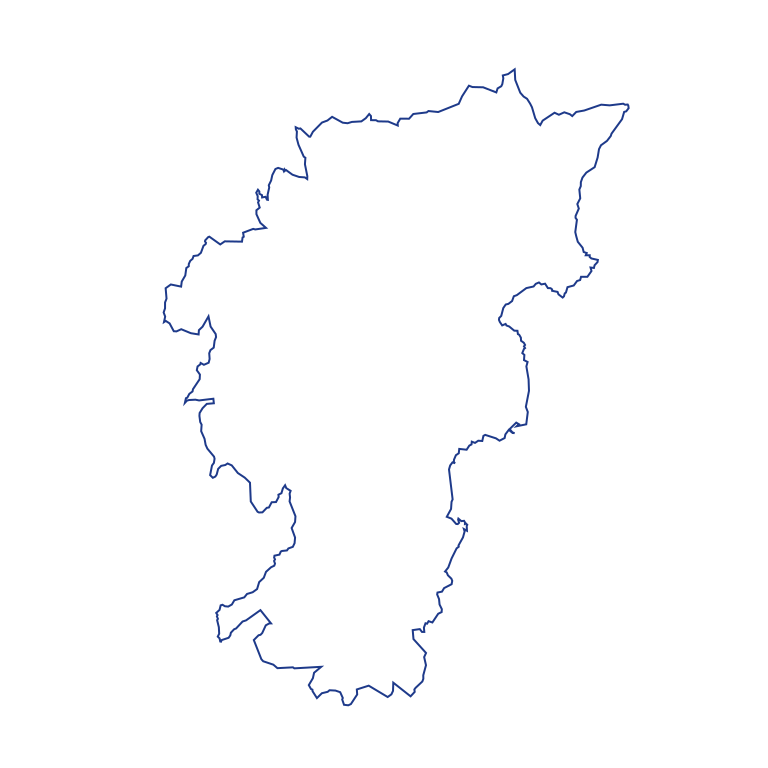 Nicolás Flores, Hidalgo, Mexico (Equal Earth projection), rotated 184°
{"feature_id": "50627088B6273778185161", "entity_name": "Nicolás Flores", "entity_type": "district", "adm_level": 2, "iso_a3": "MEX", "parent_name": "Mexico", "parent_adm1": "Hidalgo", "projection": "equal_earth", "projection_center": [-99.171, 20.795], "detail": "fine", "context": "isolated", "style": "outline", "palette": "blue", "viewbox_px": 768, "rotation_deg": 184, "n_neighbors": 0, "source": "geoboundaries", "source_scale": "gbopen_adm2", "svg_char_len": 6117}
<svg xmlns="http://www.w3.org/2000/svg" viewBox="0 0 768 768"><g transform="rotate(184 384 384)"><path d="M608.5,464.3L606.9,454.0L608.1,450.1L607.7,444.2L608.8,440.0L607.0,436.0L607.8,430.4L606.1,431.7L602.1,429.5L597.4,422.0L594.7,422.0L590.1,424.5L580.2,421.2L572.4,420.5L572.4,424.8L569.0,428.5L563.8,439.2L561.0,429.2L555.4,422.1L554.8,419.1L556.0,415.3L556.4,408.4L559.5,405.7L560.5,402.5L559.7,396.8L560.4,393.0L565.0,390.6L568.4,392.2L568.7,390.7L571.2,388.5L571.7,384.7L568.3,380.6L568.2,376.0L574.2,365.5L574.5,363.2L577.5,360.6L579.3,356.6L580.6,356.0L581.3,351.3L579.4,353.7L577.4,354.4L571.1,355.2L567.3,354.7L553.2,357.4L552.4,352.9L559.4,351.8L563.3,347.2L565.9,342.2L565.9,339.3L564.7,333.3L563.1,330.7L563.1,324.2L559.2,316.8L557.7,310.9L555.7,307.2L548.5,299.7L547.8,297.6L548.2,293.4L549.9,290.7L551.1,281.0L548.2,278.5L545.8,279.9L544.6,282.0L543.5,287.8L540.7,291.0L536.7,292.1L534.5,293.8L530.2,292.2L523.6,285.0L516.4,280.9L510.8,276.2L508.7,257.5L501.2,247.7L499.7,247.1L496.3,247.5L492.3,252.3L490.2,252.8L487.8,258.2L483.5,258.7L481.2,263.9L481.6,266.2L478.7,267.9L477.6,272.8L475.6,276.1L474.2,273.3L469.7,270.9L470.5,268.0L469.8,264.3L470.0,260.3L463.1,245.9L463.1,240.1L466.1,233.9L462.0,224.6L462.1,219.0L463.6,215.2L467.9,213.3L469.2,211.2L474.2,210.3L475.3,209.6L476.4,206.5L481.3,205.1L481.5,203.2L480.5,201.5L481.3,199.8L480.2,197.2L480.8,195.1L483.9,193.3L488.6,188.4L490.4,182.3L494.7,177.7L496.3,170.6L500.5,167.1L506.0,165.0L508.5,161.4L518.2,157.8L520.4,153.4L523.9,151.1L527.2,151.2L529.7,152.5L531.5,151.8L532.3,147.2L535.4,143.9L533.9,141.9L534.5,140.6L533.3,138.1L534.0,136.8L531.8,129.9L531.0,123.4L532.2,120.4L530.3,118.8L529.4,115.7L528.6,115.6L528.1,117.2L521.3,120.0L519.8,122.5L519.4,125.2L516.4,128.9L514.5,129.8L508.5,137.2L505.1,138.6L491.5,149.8L480.0,137.3L481.9,137.1L485.1,135.0L488.1,127.1L489.7,125.2L491.6,124.6L496.0,119.5L487.2,101.0L485.2,99.0L474.8,96.3L470.5,93.1L455.1,95.0L453.6,94.1L426.9,97.5L433.6,91.1L434.4,85.6L438.0,78.4L435.6,74.7L434.1,74.1L433.8,72.5L429.0,66.0L424.4,71.2L418.7,73.0L417.0,74.7L411.1,74.8L406.2,73.5L403.2,67.9L403.7,66.4L401.5,61.2L397.2,61.0L394.7,62.4L389.1,72.4L389.8,77.4L378.2,82.0L358.5,72.0L355.0,74.9L353.6,78.5L353.9,86.7L335.7,74.3L331.9,79.0L332.4,81.4L331.3,83.1L325.0,89.9L324.2,92.7L324.5,96.2L322.5,106.4L324.9,114.4L323.3,118.6L336.8,131.6L338.2,140.5L331.2,142.0L328.8,139.3L326.5,139.5L327.2,143.8L325.9,148.2L324.3,147.9L323.0,150.5L319.1,149.5L313.9,158.6L310.6,160.5L310.6,163.4L313.2,167.9L314.1,173.3L316.3,177.8L316.1,179.7L311.7,180.9L309.8,184.6L302.6,189.0L302.2,192.4L303.2,194.5L306.9,197.6L308.3,200.4L310.0,201.2L307.1,205.4L304.4,214.7L300.1,225.1L298.1,226.9L298.4,228.2L294.5,236.5L293.3,242.5L294.2,244.9L291.0,243.4L291.6,248.3L291.1,249.3L292.4,250.5L293.5,250.0L293.5,251.5L294.6,253.1L297.3,252.6L300.4,254.9L300.6,253.8L299.4,250.8L300.7,249.4L302.2,249.4L307.3,254.4L312.1,255.9L308.4,264.0L308.4,271.2L307.5,273.7L313.2,303.3L312.3,307.4L310.2,310.6L307.6,309.9L308.9,311.1L308.9,313.4L307.3,318.0L304.6,320.1L304.4,324.5L297.0,324.2L294.6,328.5L292.5,329.8L292.4,332.6L289.1,331.6L286.0,334.0L282.0,334.0L281.2,339.2L279.5,340.3L268.5,337.6L264.8,335.5L259.9,338.5L259.4,342.2L256.3,347.0L252.3,344.1L250.3,344.1L252.5,344.7L255.5,347.8L249.4,354.7L246.6,353.3L248.7,351.1L239.3,353.7L238.6,366.1L240.9,371.1L238.9,387.3L240.1,398.7L243.2,411.5L242.3,416.0L246.0,417.6L246.0,422.8L248.2,424.5L246.8,428.8L245.8,429.7L247.0,431.3L246.0,432.8L247.4,434.9L250.3,436.7L250.7,439.8L252.6,442.6L253.9,443.1L254.6,446.4L257.8,446.3L263.1,450.1L265.9,450.9L266.9,452.4L270.2,450.7L272.8,454.0L273.8,456.0L273.7,457.9L271.8,460.1L270.3,468.1L268.1,471.8L265.5,472.6L262.0,475.7L260.6,480.6L257.7,481.9L248.7,489.6L241.6,491.7L239.6,494.5L236.5,496.1L234.0,494.3L230.3,495.3L227.2,491.1L224.5,491.2L222.9,490.1L222.8,488.7L217.3,488.0L216.2,485.6L211.8,482.7L210.6,484.0L210.0,487.0L208.9,487.9L207.7,493.4L201.6,495.5L198.6,500.2L195.6,501.4L194.9,504.7L188.6,505.1L184.9,511.2L186.1,514.6L182.7,514.4L182.2,517.2L179.5,520.5L179.3,522.7L185.9,523.7L187.7,525.1L187.8,526.8L191.7,526.5L190.9,528.8L194.0,529.6L195.4,533.8L200.6,539.4L202.5,544.7L203.8,548.9L203.0,561.3L204.5,563.1L204.6,565.0L201.9,572.6L203.7,577.0L201.2,582.9L202.7,591.6L201.5,595.1L201.7,599.1L200.4,603.8L196.9,609.0L189.0,615.0L186.7,624.8L185.9,633.3L184.2,637.3L178.5,642.1L175.1,647.2L174.5,649.6L165.0,664.8L163.4,672.2L161.4,672.9L159.2,676.2L159.7,678.7L160.4,679.8L163.0,679.4L164.9,680.3L178.3,677.7L186.8,677.8L203.3,670.8L211.2,668.8L214.9,664.4L217.4,666.1L223.1,667.6L228.3,664.8L232.8,666.5L244.1,657.8L246.2,653.2L248.6,655.0L251.7,659.7L255.7,670.4L257.8,673.9L261.2,678.5L264.8,680.5L268.4,684.1L274.3,696.5L275.6,707.0L281.9,701.8L287.0,700.1L286.3,697.3L286.9,691.4L287.8,689.2L291.3,686.8L292.3,682.7L305.8,686.9L316.5,686.4L320.1,687.5L326.2,676.4L329.0,668.7L348.9,659.1L358.7,659.4L360.4,657.9L373.6,655.4L377.5,650.4L386.3,649.8L388.6,645.2L388.3,642.8L398.1,646.1L408.3,645.6L410.4,646.6L415.3,646.3L415.7,650.4L417.6,652.3L420.7,647.9L424.9,644.4L434.3,643.2L438.5,641.6L443.4,641.8L454.4,646.9L458.8,642.9L464.1,640.5L472.5,630.7L474.8,625.6L475.9,625.5L485.2,633.1L486.8,632.7L490.0,634.0L489.7,631.9L488.5,629.8L488.4,623.7L486.0,616.7L479.9,605.2L478.2,604.2L478.2,597.7L475.0,586.0L474.9,583.1L477.4,584.6L483.1,584.6L489.9,586.4L496.8,590.7L497.8,589.7L498.3,590.8L498.8,589.5L499.5,590.9L504.7,592.2L507.3,590.9L510.0,584.6L510.8,579.1L512.8,574.2L512.2,572.1L513.3,564.7L512.7,559.6L513.6,559.7L515.2,562.5L518.6,561.6L518.9,563.9L521.6,565.1L521.8,567.4L523.3,569.0L524.8,565.9L523.1,562.6L523.0,559.4L521.5,558.2L522.3,556.4L520.3,551.3L523.4,548.4L523.1,544.5L518.6,536.1L512.6,531.5L523.2,529.2L525.3,529.6L535.1,525.1L534.2,521.1L535.3,520.3L535.6,516.1L552.8,515.2L557.1,511.8L568.5,518.8L569.6,518.3L572.4,514.8L572.5,513.7L571.4,512.4L571.7,511.1L573.7,509.3L575.8,502.1L578.6,499.3L582.9,498.4L583.7,495.5L585.9,493.3L587.1,490.1L587.0,487.8L589.3,485.9L589.8,478.4L592.9,472.1L593.2,467.0L603.6,468.4L608.5,464.3Z" fill="none" stroke="#1e3a8a" stroke-width="2"/></g></svg>